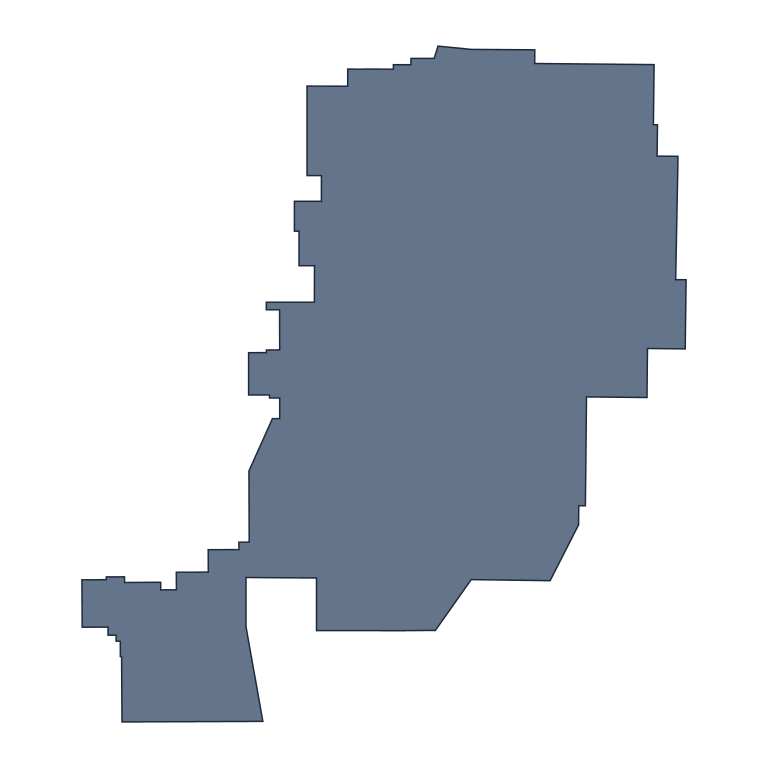 the district of Sandstone, Western Australia, Australia
{"feature_id": "25037944B59235958721533", "entity_name": "Sandstone", "entity_type": "district", "adm_level": 2, "iso_a3": "AUS", "parent_name": "Australia", "parent_adm1": "Western Australia", "projection": "albers", "projection_center": [118.667, -28.422], "detail": "fine", "context": "isolated", "style": "filled", "palette": "slate", "viewbox_px": 768, "rotation_deg": 0, "n_neighbors": 0, "source": "geoboundaries", "source_scale": "gbopen_adm2", "svg_char_len": 2905}
<svg xmlns="http://www.w3.org/2000/svg" viewBox="0 0 768 768"><path d="M294.4,201.3L294.4,231.2L299.0,231.2L299.0,265.7L304.9,265.7L314.5,265.7L314.4,290.7L314.4,302.2L266.3,302.2L266.3,309.8L279.6,309.8L279.6,319.1L279.6,327.7L279.6,330.2L279.7,349.9L266.4,350.0L266.4,352.6L248.6,352.7L248.6,360.6L248.6,395.0L269.5,395.0L269.5,398.0L279.7,398.0L279.7,418.6L272.4,418.6L269.6,424.9L268.5,427.4L264.1,437.2L262.1,441.7L259.0,448.5L255.0,457.5L252.5,463.2L250.9,466.5L248.9,471.0L249.0,483.4L249.0,495.8L249.1,511.8L249.1,514.3L249.2,542.1L238.9,542.2L239.0,549.6L208.2,549.7L208.3,572.1L203.5,572.1L196.8,572.2L186.5,572.2L176.3,572.2L176.4,589.8L168.2,589.8L160.7,589.9L160.7,582.3L152.5,582.3L142.2,582.4L134.0,582.4L124.6,582.5L124.5,576.8L118.2,576.9L117.4,576.9L111.8,576.9L106.3,576.9L106.3,579.7L100.0,579.7L93.6,579.8L88.1,579.8L81.9,579.8L82.0,594.2L82.0,600.4L82.1,606.6L82.1,613.7L82.2,627.2L108.0,627.1L108.0,635.2L116.1,635.2L116.1,641.2L120.1,641.2L120.3,641.4L120.3,643.5L120.3,647.6L120.3,649.6L120.3,653.8L120.3,656.5L121.6,656.5L122.0,721.9L125.8,721.9L128.3,721.9L130.8,721.9L134.5,721.9L138.3,721.9L140.8,721.9L144.6,721.8L147.1,721.8L152.1,721.8L155.9,721.8L158.4,721.8L162.2,721.8L164.7,721.8L167.2,721.8L171.0,721.7L173.5,721.7L177.2,721.7L179.8,721.7L183.5,721.7L186.0,721.7L189.8,721.7L192.3,721.7L196.1,721.6L199.9,721.6L202.4,721.6L206.1,721.6L208.7,721.6L213.7,721.6L217.5,721.6L220.0,721.6L225.0,721.5L230.1,721.5L235.1,721.5L240.2,721.5L245.2,721.5L250.3,721.4L254.0,721.4L259.1,721.4L262.9,721.4L261.9,716.2L260.0,705.2L258.2,695.3L257.2,689.5L255.1,677.6L253.3,667.9L251.6,658.2L248.8,642.6L246.3,628.2L246.0,626.9L246.0,601.0L246.0,594.0L246.0,583.4L246.0,577.5L259.8,577.6L316.5,578.0L316.5,612.3L316.5,630.6L319.9,630.6L325.7,630.6L328.1,630.6L330.4,630.6L333.8,630.6L336.2,630.6L337.3,630.6L339.6,630.6L341.9,630.6L345.4,630.6L351.2,630.6L354.7,630.6L357.0,630.6L361.6,630.6L362.8,630.6L365.1,630.6L367.4,630.6L370.9,630.6L375.5,630.6L380.1,630.6L382.5,630.7L387.1,630.7L392.9,630.7L400.1,630.7L405.0,630.7L406.2,630.6L408.6,630.6L413.5,630.6L416.0,630.6L417.2,630.5L418.4,630.5L423.3,630.5L427.0,630.4L435.3,630.5L471.2,579.6L550.1,580.7L578.6,524.8L578.6,519.6L578.8,505.7L585.4,505.8L586.5,396.9L591.5,397.0L597.9,397.0L632.9,397.4L647.0,397.5L647.0,396.8L647.3,366.3L647.5,348.5L685.2,348.9L686.1,279.7L685.9,279.7L681.8,279.7L679.7,279.7L675.6,279.7L675.7,278.5L677.3,193.4L677.9,163.0L677.9,156.3L657.1,156.1L657.5,124.8L653.4,124.7L654.1,64.6L534.7,63.5L534.8,49.8L471.2,49.4L438.0,46.1L435.6,53.8L434.1,58.4L411.0,58.4L410.9,64.7L393.4,64.7L393.4,66.7L393.4,68.6L393.4,69.2L391.3,69.2L379.6,69.1L368.6,69.1L367.4,69.1L366.2,69.1L363.0,69.1L360.8,69.2L357.4,69.2L354.0,69.1L348.3,69.1L347.7,69.1L347.7,86.2L307.0,86.1L307.0,99.7L307.0,105.9L307.0,136.1L307.0,175.6L321.4,175.6L321.4,201.3L294.4,201.3Z" fill="#64748b" stroke="#1e293b" stroke-width="1.5"/></svg>